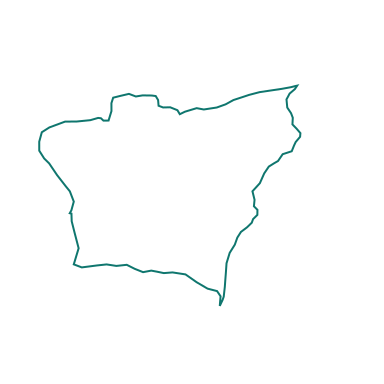 the district of Acheleia, Paphos, Cyprus, rotated 249°
{"feature_id": "46923920B16437409415047", "entity_name": "Acheleia", "entity_type": "district", "adm_level": 2, "iso_a3": "CYP", "parent_name": "Cyprus", "parent_adm1": "Paphos", "projection": "equal_earth", "projection_center": [32.481, 34.728], "detail": "fine", "context": "isolated", "style": "outline", "palette": "teal", "viewbox_px": 384, "rotation_deg": 249, "n_neighbors": 0, "source": "geoboundaries", "source_scale": "gbopen_adm2", "svg_char_len": 1442}
<svg xmlns="http://www.w3.org/2000/svg" viewBox="0 0 384 384"><g transform="rotate(249 192 192)"><path d="M75.7,177.1L80.3,181.9L82.9,184.1L91.8,188.7L96.5,190.9L104.1,194.5L113.1,198.7L121.7,205.4L127.5,213.1L133.2,218.0L137.2,223.4L139.3,230.7L141.9,236.8L144.8,239.3L147.2,244.8L151.9,246.7L156.5,244.7L162.3,247.6L171.0,248.7L175.9,258.5L183.5,266.1L188.2,272.8L189.4,278.9L190.1,283.4L194.8,290.2L194.3,299.7L198.9,304.0L201.5,306.7L204.8,312.7L208.1,314.3L213.7,312.3L219.1,310.0L225.2,312.7L230.1,312.7L236.7,311.2L244.6,313.4L246.1,315.2L248.9,318.4L251.2,324.9L253.6,328.3L253.9,326.4L254.4,321.9L256.1,312.9L261.0,290.9L262.2,280.1L262.5,273.5L263.0,263.6L261.8,254.8L262.0,245.4L264.8,232.6L268.6,226.4L269.5,214.2L269.0,208.5L273.6,207.7L278.9,202.0L281.3,195.3L284.5,191.7L290.0,193.3L294.6,192.5L296.5,189.0L299.9,180.5L301.3,173.8L306.2,168.3L307.5,158.8L308.3,152.2L303.8,148.6L296.4,145.8L288.6,139.7L290.4,134.9L293.5,133.4L294.8,130.9L295.5,122.8L299.1,109.7L303.2,98.7L303.4,82.0L302.0,75.1L301.6,73.2L293.7,67.4L285.3,64.2L276.3,66.0L269.9,68.9L256.1,72.1L242.9,76.1L236.4,78.2L225.4,78.2L218.1,72.8L216.0,70.3L215.0,71.7L207.8,69.2L196.1,67.8L180.1,66.0L166.8,55.7L161.1,62.1L157.5,76.9L155.0,86.3L150.1,94.9L147.4,105.0L140.8,111.0L134.7,117.6L133.2,125.8L130.0,131.0L126.4,136.6L123.9,145.0L117.4,156.4L106.1,164.0L96.2,171.9L90.5,179.9L84.4,181.3L75.7,177.1Z" fill="none" stroke="#0f766e" stroke-width="2"/></g></svg>